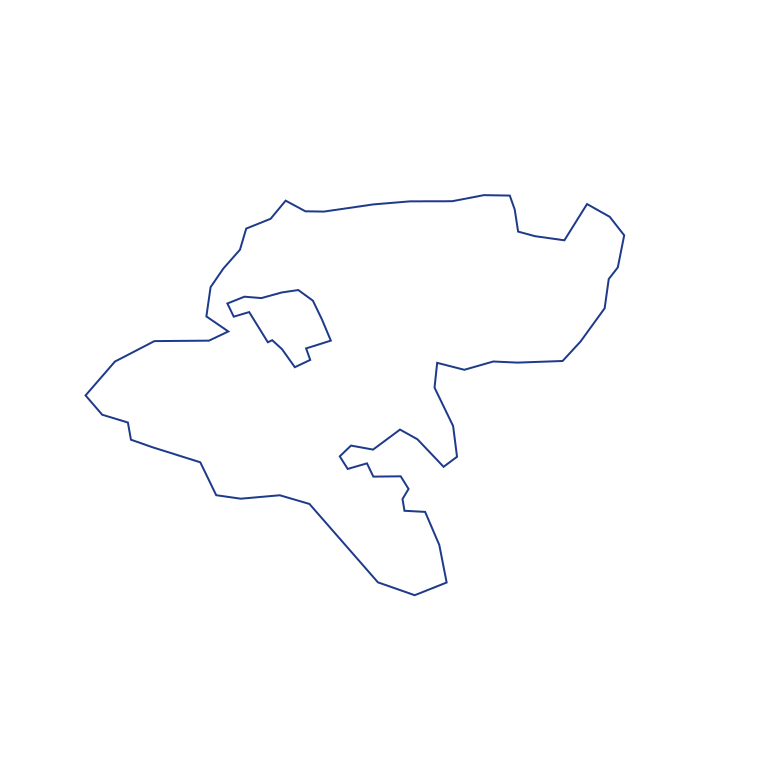 Urgench, Khorezm, Uzbekistan, rotated 157°
{"feature_id": "79887680B5155786713045", "entity_name": "Urgench", "entity_type": "district", "adm_level": 2, "iso_a3": "UZB", "parent_name": "Uzbekistan", "parent_adm1": "Khorezm", "projection": "equal_earth", "projection_center": [60.538, 41.573], "detail": "fine", "context": "isolated", "style": "outline", "palette": "blue", "viewbox_px": 768, "rotation_deg": 157, "n_neighbors": 0, "source": "geoboundaries", "source_scale": "gbopen_adm2", "svg_char_len": 1163}
<svg xmlns="http://www.w3.org/2000/svg" viewBox="0 0 768 768"><g transform="rotate(157 384 384)"><path d="M123.2,400.0L104.8,427.0L110.9,449.7L126.8,470.3L161.8,445.8L187.3,461.1L201.0,471.9L195.5,493.5L194.6,508.3L218.2,518.8L249.8,525.6L288.5,541.9L323.7,553.5L372.0,566.2L388.9,573.7L402.9,591.2L423.8,580.4L450.1,580.9L464.1,563.9L486.7,553.1L505.8,540.9L521.1,515.6L506.8,493.2L528.2,492.3L578.6,513.2L622.9,509.8L663.2,490.1L655.4,465.8L634.8,448.6L638.7,431.6L621.9,416.3L583.7,383.7L581.9,347.2L560.7,334.4L523.4,322.3L499.5,302.7L467.1,203.8L438.3,177.6L403.9,176.8L396.0,214.2L396.1,250.2L414.7,259.3L411.9,270.9L402.4,277.8L404.7,292.5L430.0,302.9L430.7,317.6L450.6,320.0L453.0,334.7L438.4,340.2L419.7,327.9L387.1,335.8L374.8,320.0L361.5,284.5L345.2,288.5L336.8,318.3L338.9,360.9L326.8,382.7L304.5,365.7L274.6,362.0L252.7,351.5L210.6,335.4L186.5,346.3L151.3,367.5L136.1,392.8L123.2,400.0ZM459.5,434.3L464.3,456.0L469.8,468.0L474.6,467.8L480.0,502.9L496.0,504.7L496.7,519.3L478.4,518.9L463.3,511.0L442.3,508.2L426.2,504.0L416.9,488.5L415.9,467.8L416.0,444.7L441.8,447.2L442.5,435.0L459.5,434.3Z" fill="none" stroke="#1e3a8a" stroke-width="2"/></g></svg>